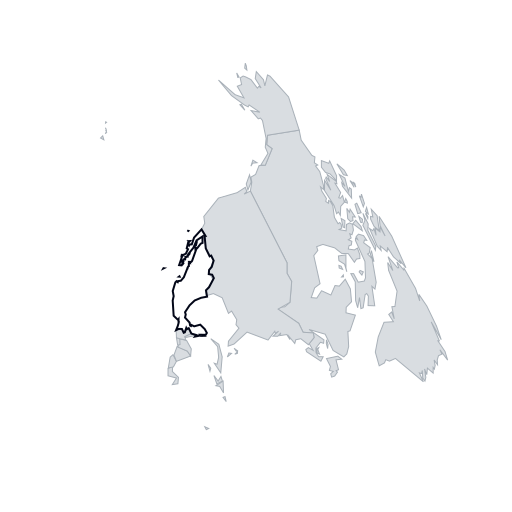 where Mexico sits in North America, rotated 64°
{"feature_id": "MEX", "entity_name": "Mexico", "entity_type": "country or territory", "adm_level": 0, "iso_a3": "MEX", "parent_name": "North America", "parent_adm1": "", "projection": "robinson", "projection_center": [-103.635, 23.63], "detail": "medium", "context": "in_parent", "style": "outline", "palette": "ink", "viewbox_px": 512, "rotation_deg": 64, "n_neighbors": 17, "source": "natural_earth", "source_scale": "50m", "svg_char_len": 10389}
<svg xmlns="http://www.w3.org/2000/svg" viewBox="0 0 512 512"><g transform="rotate(64 256 256)"><path d="M195.2,232.6L187.8,227.4L182.9,226.0L182.5,220.6L176.1,213.6L178.5,207.9L166.6,194.5L160.6,197.6L152.5,192.7L161.8,162.0L171.7,164.6L190.0,161.7L192.8,159.6L197.8,162.7L201.3,160.6L201.2,163.0L208.1,161.7L222.6,164.5L225.7,166.2L222.1,167.7L226.5,168.4L235.1,167.5L237.6,169.4L240.3,167.8L237.9,166.4L239.5,165.3L244.4,164.9L255.7,168.6L263.0,168.1L262.6,166.1L264.8,165.6L268.5,166.7L268.7,169.7L272.9,164.0L267.3,160.8L267.3,157.4L269.9,155.3L275.4,157.1L279.0,160.5L277.1,162.0L281.5,162.6L281.9,165.9L284.8,163.4L287.9,165.5L287.5,167.8L290.2,170.0L293.7,164.9L293.3,161.4L300.3,162.1L303.8,163.7L302.8,167.0L304.8,170.3L294.3,172.0L291.3,177.8L283.2,181.7L274.9,190.8L274.2,197.4L278.1,198.0L281.0,203.9L309.0,210.6L310.3,217.2L317.6,224.6L320.5,219.8L316.0,212.3L323.9,205.8L317.2,197.9L319.6,194.3L316.0,186.0L326.9,185.6L339.0,190.2L341.6,197.4L346.5,200.0L352.7,192.6L364.5,204.3L364.1,206.5L378.0,212.4L383.8,217.3L385.2,221.3L374.7,228.1L356.6,228.1L345.3,240.5L361.2,231.7L364.1,233.5L361.8,235.9L365.0,242.6L369.2,244.4L373.9,243.9L376.0,239.8L379.0,243.8L364.2,252.5L361.9,252.2L361.3,249.1L365.9,246.0L358.0,246.6L354.8,239.6L350.3,238.2L345.2,247.1L335.3,247.1L314.1,259.4L311.9,258.2L314.3,252.4L312.5,245.8L294.5,235.1L285.1,235.7L275.7,231.1L195.2,232.6ZM300.8,185.6L302.5,184.0L306.0,184.0L303.3,186.5L300.8,185.6ZM304.8,152.6L301.8,149.9L312.9,152.5L308.0,152.4L304.8,152.6ZM312.4,188.3L311.3,185.8L313.1,186.5L312.4,188.3ZM272.6,146.0L271.5,147.2L265.5,146.2L269.7,144.2L272.6,146.0ZM271.3,139.1L266.3,139.0L265.7,138.2L269.9,138.2L271.3,139.1ZM260.8,135.3L267.4,136.6L263.8,138.1L260.8,135.3ZM303.2,146.2L275.3,146.5L271.6,142.4L264.5,141.2L276.3,141.1L282.1,144.3L299.7,144.0L303.2,146.2ZM231.2,137.6L237.3,137.7L229.4,138.5L231.2,137.6ZM234.0,135.4L237.8,136.1L231.7,136.6L234.0,135.4ZM386.3,224.2L384.4,229.6L394.4,231.7L394.2,234.3L396.1,233.7L398.4,237.9L398.0,241.1L394.6,240.5L393.6,237.1L391.0,240.2L387.9,237.5L379.1,237.6L381.9,226.4L386.3,224.2ZM294.4,174.7L306.2,180.4L310.0,181.3L302.2,180.0L296.6,183.5L292.1,181.9L294.4,174.7ZM303.1,154.8L309.3,152.8L332.3,159.5L337.9,163.6L334.0,165.1L352.8,171.1L349.7,177.0L341.3,172.6L338.3,173.0L338.5,174.8L349.5,182.4L349.3,184.8L338.7,181.2L347.1,187.3L339.7,186.0L322.7,178.1L313.4,178.5L314.6,176.0L324.3,175.6L326.0,169.7L323.7,167.2L308.7,160.5L285.6,159.8L283.5,158.7L285.7,157.4L282.4,157.4L281.3,154.3L284.8,150.4L290.5,149.6L289.2,151.5L291.3,153.4L298.5,149.7L303.0,152.9L303.1,154.8ZM267.6,150.7L275.6,148.7L279.9,149.4L269.4,154.8L267.6,150.7ZM208.6,142.9L217.5,139.1L223.7,138.7L221.3,141.8L208.6,142.9ZM168.5,216.8L172.6,214.2L171.1,218.3L173.0,221.2L168.5,216.8ZM246.6,134.1L256.3,135.5L258.8,138.0L247.2,136.7L249.2,135.9L246.6,134.1ZM193.1,234.3L187.0,233.2L180.2,226.2L187.4,227.9L193.1,234.3ZM202.8,148.1L219.2,148.4L223.6,150.6L214.7,153.5L211.3,156.9L204.9,158.3L198.9,155.4L204.6,150.0L202.8,148.1ZM237.6,141.0L245.9,144.7L231.2,147.7L227.6,146.8L232.4,145.5L219.3,145.4L224.9,141.9L238.5,144.7L235.5,142.1L237.6,141.0ZM239.6,151.7L246.4,153.0L248.5,158.1L256.5,162.4L252.6,162.6L253.3,165.0L244.9,163.7L227.1,165.7L218.0,161.2L229.7,159.9L216.9,159.4L215.8,158.3L221.4,157.1L213.9,156.3L224.2,151.1L226.5,151.6L225.2,153.1L236.1,152.1L239.9,156.1L241.1,154.8L239.6,151.7ZM257.7,152.9L255.2,150.9L264.5,149.7L263.1,152.0L266.7,153.3L266.4,156.0L262.7,157.2L253.0,153.5L257.7,152.9ZM243.7,150.2L246.7,150.1L248.5,150.7L246.4,152.7L243.7,150.2ZM252.7,142.3L263.2,142.5L262.5,146.0L252.9,144.4L252.7,142.3ZM264.5,131.9L272.9,129.5L287.3,134.1L281.1,136.9L273.0,136.8L270.6,135.7L272.1,133.9L264.5,131.9ZM274.3,128.0L297.7,125.3L332.3,126.4L322.2,128.9L326.6,128.9L317.0,132.8L305.7,134.1L308.7,134.4L307.4,134.9L309.6,136.3L301.5,139.9L305.9,141.1L300.6,142.7L281.0,141.9L284.4,140.0L283.0,138.0L290.1,139.0L283.3,136.7L288.7,134.0L284.4,131.7L294.6,131.2L282.9,131.1L274.3,128.0ZM319.6,169.2L315.5,170.3L314.6,168.8L317.3,166.5L319.6,169.2ZM263.2,160.6L269.5,163.9L268.1,165.0L259.6,163.0L263.2,160.6ZM362.2,229.4L367.1,230.0L370.6,232.2L365.3,231.1L362.2,229.4ZM365.8,239.7L367.2,241.5L372.1,241.9L369.9,243.6L365.9,242.0L365.8,239.7Z" fill="#d9dde1" stroke="#a8b0b8" stroke-width="1"/><path d="M195.2,232.6L275.7,231.1L285.1,235.7L294.5,235.1L312.5,245.8L313.4,259.4L335.3,247.1L345.2,247.1L350.3,238.2L354.8,239.6L358.7,247.8L350.0,252.0L348.7,256.9L351.6,259.5L340.7,262.1L346.1,262.1L340.1,262.8L338.0,269.5L335.9,267.4L337.7,271.5L335.5,275.9L333.5,268.7L334.0,272.6L331.9,272.1L336.8,282.0L320.5,297.4L325.5,314.3L324.8,320.6L320.5,318.1L313.4,303.0L309.0,304.1L304.8,301.2L294.8,302.1L295.5,305.9L278.7,304.7L271.1,310.8L269.9,318.2L265.1,316.2L258.9,305.0L249.4,305.4L241.4,296.2L227.2,297.8L215.7,292.6L208.2,293.3L204.1,287.7L197.6,285.6L187.5,264.4L190.8,245.2L189.6,235.5L194.0,236.0L195.2,239.5L195.2,232.6ZM161.8,162.0L152.5,192.7L160.6,197.6L166.6,194.5L178.5,207.9L176.4,211.8L169.0,200.3L162.3,200.0L154.8,195.4L137.1,190.8L134.0,191.5L133.7,193.8L123.1,196.7L128.5,189.5L117.2,196.0L118.5,197.7L115.2,200.2L101.1,207.7L81.4,212.6L101.8,204.1L108.6,197.5L95.2,198.4L95.6,193.8L89.0,192.1L88.6,188.7L90.5,186.8L95.2,183.2L105.7,181.2L104.8,179.0L107.2,177.7L96.2,178.9L90.4,174.9L100.9,172.0L107.0,173.5L98.3,166.3L100.5,164.6L127.3,157.0L161.8,162.0ZM78.0,181.1L81.0,181.4L84.9,182.7L82.2,183.8L78.0,181.1ZM80.8,341.1L84.9,341.8L81.8,344.0L80.8,341.1ZM79.5,336.2L80.0,337.9L79.1,336.5L79.5,336.2ZM77.5,335.4L78.9,336.0L77.2,335.9L77.5,335.4ZM74.7,335.1L76.2,335.1L76.0,335.3L74.7,335.1ZM70.3,331.7L70.6,333.0L69.5,332.3L70.3,331.7ZM83.0,193.1L87.8,192.8L87.5,194.1L83.0,193.1ZM113.2,202.6L120.1,202.1L113.0,204.2L113.2,202.6Z" fill="#d9dde1" stroke="#a8b0b8" stroke-width="1"/><path d="M353.7,341.0L353.9,347.3L345.0,346.2L351.8,344.9L348.9,340.3L353.7,341.0Z" fill="#d9dde1" stroke="#a8b0b8" stroke-width="1"/><path d="M355.0,348.9L354.0,340.4L364.8,345.2L357.3,345.8L355.0,348.9Z" fill="#d9dde1" stroke="#a8b0b8" stroke-width="1"/><path d="M329.3,316.1L332.6,314.5L332.7,315.5L329.3,316.1ZM332.7,313.8L335.4,315.4L335.0,318.1L334.3,315.7L332.7,313.8ZM331.3,322.9L332.8,320.7L334.2,326.0L331.3,322.9Z" fill="#d9dde1" stroke="#a8b0b8" stroke-width="1"/><path d="M361.9,126.4L375.9,124.4L398.2,124.5L412.4,126.2L392.0,127.4L412.6,128.4L412.0,129.7L424.7,128.0L433.6,129.4L420.9,131.8L425.7,131.9L425.6,135.7L428.9,138.7L433.3,140.5L427.5,141.5L433.0,143.0L435.9,145.3L433.8,145.6L438.9,148.1L431.9,151.1L437.5,154.5L431.4,154.0L439.6,156.6L442.5,159.0L438.7,159.6L431.8,156.7L434.2,158.8L432.7,160.4L442.4,160.7L409.2,175.6L409.0,182.1L406.1,184.8L408.4,187.4L408.7,193.4L394.7,190.9L382.3,181.6L371.7,170.0L375.3,161.3L366.7,162.3L365.8,158.6L373.1,159.3L361.1,156.1L362.3,153.3L349.4,144.6L327.0,143.1L319.6,140.5L329.1,139.4L314.5,137.6L328.8,133.9L329.1,132.9L323.1,132.0L333.3,129.3L331.9,128.3L355.1,126.8L368.1,128.6L361.9,126.4Z" fill="#d9dde1" stroke="#a8b0b8" stroke-width="1"/><path d="M336.6,382.2L334.9,387.6L330.8,381.0L325.1,387.6L318.6,384.4L318.3,379.2L323.2,381.8L331.1,378.9L336.6,382.2Z" fill="#d9dde1" stroke="#a8b0b8" stroke-width="1"/><path d="M319.5,378.9L318.2,383.9L309.3,377.5L308.3,373.9L315.8,373.7L319.5,378.9Z" fill="#d9dde1" stroke="#a8b0b8" stroke-width="1"/><path d="M315.8,373.7L309.1,373.2L302.6,366.4L311.4,359.4L317.2,358.6L315.8,373.7Z" fill="#d9dde1" stroke="#a8b0b8" stroke-width="1"/><path d="M317.2,358.6L311.4,359.4L303.7,366.1L297.0,360.8L301.6,355.4L311.1,354.9L317.2,358.6Z" fill="#d9dde1" stroke="#a8b0b8" stroke-width="1"/><path d="M297.0,360.8L302.3,363.1L301.8,365.5L294.6,363.3L297.0,360.8Z" fill="#d9dde1" stroke="#a8b0b8" stroke-width="1"/><path d="M287.6,360.3L289.1,354.6L293.3,354.6L290.0,350.2L291.4,348.1L297.4,348.2L297.3,355.3L300.6,355.9L297.0,360.8L294.6,363.3L287.6,360.3Z" fill="#d9dde1" stroke="#a8b0b8" stroke-width="1"/><path d="M297.4,348.2L300.7,346.1L298.3,355.3L297.3,355.3L297.4,348.2Z" fill="#d9dde1" stroke="#a8b0b8" stroke-width="1"/><path d="M368.8,345.5L373.8,346.6L368.6,347.6L368.8,345.5Z" fill="#d9dde1" stroke="#a8b0b8" stroke-width="1"/><path d="M332.4,346.6L337.1,345.9L339.4,347.9L332.4,346.6Z" fill="#d9dde1" stroke="#a8b0b8" stroke-width="1"/><path d="M319.1,328.1L331.8,330.6L345.6,338.9L334.1,340.5L336.2,338.4L330.7,334.0L320.7,330.2L310.5,332.9L319.1,328.1Z" fill="#d9dde1" stroke="#a8b0b8" stroke-width="1"/><path d="M387.0,376.9L390.3,374.1L390.3,376.8L387.0,376.9Z" fill="#d9dde1" stroke="#a8b0b8" stroke-width="1"/><path d="M208.2,293.3L215.7,292.6L215.3,293.4L227.1,297.8L236.0,297.8L236.0,296.1L241.6,296.1L246.4,300.6L248.0,304.3L251.6,306.4L253.6,303.6L257.4,303.6L263.5,311.9L264.9,316.0L271.1,317.8L269.5,323.6L269.1,330.6L271.2,337.3L275.4,344.4L277.8,344.8L280.2,346.8L286.7,344.9L289.6,345.7L290.5,345.1L289.9,344.1L292.1,342.4L293.3,336.2L299.3,334.1L303.6,333.9L304.8,335.7L302.0,341.3L302.9,341.5L301.7,346.1L300.8,344.3L297.4,348.1L291.4,348.1L291.5,350.2L290.1,350.2L293.4,353.4L293.3,354.6L289.1,354.6L287.6,357.6L287.6,360.3L284.5,356.9L282.0,354.7L280.5,353.8L281.8,354.8L278.8,353.3L279.2,354.1L273.6,356.2L259.5,350.4L256.0,347.6L251.0,346.2L244.4,340.1L243.8,338.5L245.2,337.8L244.4,337.0L245.3,334.4L243.5,330.2L237.2,323.3L238.0,323.3L236.6,322.8L235.5,321.1L236.3,321.1L233.2,319.6L233.6,318.6L232.0,318.6L232.9,316.7L232.4,315.6L223.4,306.4L223.2,305.4L220.7,300.3L220.8,298.3L215.0,295.6L215.9,302.6L221.1,308.6L224.2,315.1L224.4,314.4L225.1,315.0L227.9,323.8L228.8,324.7L229.2,323.8L231.8,327.0L230.5,329.1L223.4,322.0L223.1,318.0L220.1,314.1L218.7,314.9L214.3,311.2L217.2,311.4L216.6,310.4L217.4,308.6L212.3,303.6L208.2,293.3ZM222.6,305.7L223.0,307.3L222.3,307.0L222.6,305.7ZM220.3,306.3L219.2,305.3L218.9,304.3L220.1,305.3L220.3,306.3ZM304.4,338.9L304.2,338.2L304.9,337.8L304.4,338.9ZM223.4,323.0L222.7,322.1L223.1,320.3L223.0,321.9L223.4,323.0ZM213.9,309.5L213.2,309.8L213.6,308.8L213.9,309.5ZM204.1,306.7L203.6,306.0L203.8,305.8L204.1,306.7ZM224.1,323.1L224.5,323.8L223.6,323.1L224.1,323.1ZM241.1,333.7L240.8,334.2L240.7,333.7L241.1,333.7ZM228.1,321.2L228.3,321.8L227.8,321.1L228.1,321.2ZM226.3,317.5L226.6,317.7L226.2,318.2L226.3,317.5ZM226.6,344.2L226.6,344.8L226.4,344.5L226.6,344.2ZM289.2,344.8L288.7,344.9L289.6,344.6L289.2,344.8ZM230.7,324.4L230.4,324.3L230.4,323.8L230.7,324.4Z" fill="none" stroke="#020617" stroke-width="2"/></g></svg>